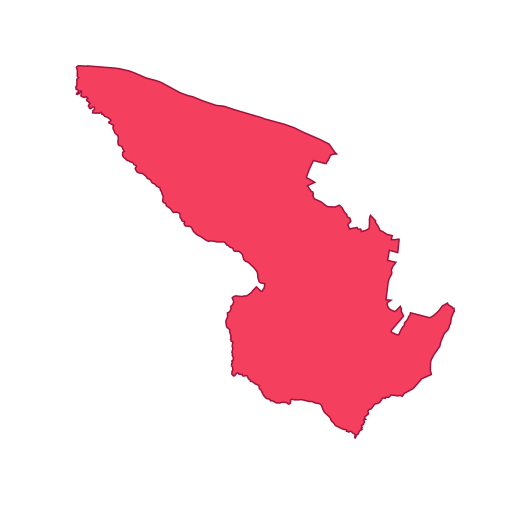 outline of San José, Caldas, Colombia, rotated 98°
{"feature_id": "7082276B53371478501914", "entity_name": "San José", "entity_type": "district", "adm_level": 2, "iso_a3": "COL", "parent_name": "Colombia", "parent_adm1": "Caldas", "projection": "albers", "projection_center": [-75.814, 5.065], "detail": "fine", "context": "isolated", "style": "filled", "palette": "rose", "viewbox_px": 512, "rotation_deg": 98, "n_neighbors": 0, "source": "geoboundaries", "source_scale": "gbopen_adm2", "svg_char_len": 6115}
<svg xmlns="http://www.w3.org/2000/svg" viewBox="0 0 512 512"><g transform="rotate(98 256 256)"><path d="M376.2,263.6L377.9,261.8L377.7,260.6L375.8,259.5L374.1,257.8L374.2,257.3L375.5,256.3L375.1,253.1L376.3,252.8L376.6,252.0L376.6,251.1L375.8,249.3L376.0,248.1L378.8,246.2L379.4,244.8L380.9,244.0L380.9,242.1L382.8,238.9L383.7,235.4L384.4,234.9L386.9,234.3L387.7,232.8L388.3,232.2L391.1,230.5L391.5,229.9L392.5,229.5L395.0,226.9L395.7,225.5L395.8,223.5L396.1,222.4L397.4,221.3L397.1,219.6L398.7,215.1L398.2,211.7L397.3,210.3L396.9,206.5L397.2,204.4L398.2,203.4L397.6,202.0L396.9,201.6L395.5,201.4L393.6,201.7L392.9,200.6L393.1,197.1L392.8,196.8L392.7,194.5L392.0,191.9L392.0,189.2L392.7,183.1L392.3,180.2L393.3,176.8L393.4,172.4L394.8,170.3L398.6,168.4L401.3,166.4L405.7,160.1L408.7,158.5L410.3,156.1L412.8,153.7L415.2,146.5L415.5,144.9L415.5,142.6L415.7,142.2L417.0,142.0L416.7,140.8L417.4,140.2L417.4,139.5L416.5,138.3L416.5,137.3L417.7,135.7L418.8,133.2L419.5,132.6L420.1,132.6L420.3,133.0L421.8,133.0L422.5,132.6L422.4,132.3L419.1,131.4L418.0,130.0L415.0,129.3L413.6,127.5L413.0,127.5L412.8,126.9L412.2,127.1L412.1,127.7L411.6,127.7L411.0,127.0L409.0,127.9L407.9,126.2L406.9,126.2L405.6,125.4L404.7,125.6L403.6,126.7L403.0,126.2L402.4,124.6L401.3,125.9L400.8,126.1L400.3,125.9L396.6,122.6L394.3,123.5L393.1,123.3L392.5,122.9L391.2,120.5L386.9,118.3L385.9,117.4L385.0,114.8L383.7,113.2L381.5,111.9L379.8,111.4L379.0,110.6L378.7,110.1L379.0,108.2L377.6,107.4L377.6,105.2L376.5,104.0L374.8,103.0L374.8,96.0L374.2,94.9L374.1,93.5L374.6,91.6L371.5,90.1L365.3,81.8L354.4,74.7L348.9,65.8L345.1,67.4L337.0,68.3L334.6,68.1L329.1,66.2L320.0,61.5L314.9,61.0L306.7,58.8L302.2,55.6L300.3,55.0L297.3,54.7L296.1,54.0L295.0,53.9L289.9,54.0L283.9,52.4L283.3,51.9L280.2,52.7L280.4,53.8L279.2,54.8L277.5,58.9L276.0,59.8L279.5,64.5L284.4,67.1L286.9,69.0L290.9,72.5L292.7,75.0L292.9,76.1L290.7,95.2L292.5,95.1L294.5,96.2L297.6,97.1L299.5,98.1L301.3,99.6L304.4,99.5L305.7,100.8L309.1,102.2L314.2,103.8L314.3,105.8L313.0,110.2L312.3,111.6L310.6,111.5L295.0,101.5L290.1,104.7L288.2,104.6L285.7,106.1L291.5,110.3L291.4,112.0L290.3,115.8L288.6,117.8L286.3,119.2L284.0,119.4L281.0,116.2L281.3,121.2L263.3,121.5L260.0,121.0L255.0,119.2L253.5,119.2L251.5,119.9L249.5,119.7L247.2,119.0L242.7,116.6L242.0,125.1L231.8,124.7L232.9,116.1L219.5,116.6L219.7,118.2L220.6,120.9L221.0,124.4L216.9,123.9L216.3,129.6L214.2,133.9L213.4,136.8L209.9,138.9L205.7,142.7L204.5,142.4L199.8,148.3L201.5,148.7L203.7,148.8L208.4,148.1L213.1,147.8L215.6,151.3L217.1,155.1L214.8,156.0L215.3,158.6L213.7,159.9L215.4,165.2L216.4,166.9L212.1,169.5L208.6,166.9L205.5,168.2L204.6,170.8L203.5,171.6L202.3,171.8L200.4,174.4L196.5,177.2L194.6,179.6L194.1,180.6L196.5,184.5L197.2,191.8L196.1,194.4L193.3,199.1L191.3,206.1L188.3,208.3L187.7,207.8L186.8,207.8L185.0,208.5L184.6,208.8L184.5,210.0L179.3,215.0L174.9,208.0L172.4,213.9L171.4,217.1L162.5,215.3L153.5,212.4L154.8,200.5L154.7,199.4L153.2,199.0L150.8,197.7L145.6,196.2L145.5,195.6L144.6,194.3L143.7,190.4L142.2,192.5L135.1,199.0L131.7,208.9L126.5,227.7L123.7,235.9L121.5,246.6L119.0,266.7L118.2,270.2L114.2,297.3L112.1,308.8L112.4,316.2L111.9,319.2L109.7,330.6L107.1,340.8L106.7,345.3L104.9,353.9L97.5,373.5L96.3,378.7L95.0,389.6L91.6,401.8L90.4,407.3L89.5,417.9L89.6,422.1L91.2,449.3L91.5,449.3L92.3,458.5L92.7,458.5L93.4,459.7L94.0,460.1L97.5,458.6L102.6,458.1L104.1,456.6L104.7,456.7L105.2,457.6L106.1,458.0L111.4,457.1L111.9,457.4L112.7,457.4L113.5,457.9L114.1,457.9L116.2,457.2L116.0,455.5L117.1,454.8L118.2,455.0L120.1,456.3L120.7,456.3L120.9,455.4L120.1,454.7L120.0,453.8L117.2,452.8L116.9,452.3L117.0,451.7L121.8,451.7L122.5,450.3L122.9,448.6L122.9,447.9L121.9,446.8L121.8,446.3L123.5,444.4L124.5,445.5L125.8,445.1L126.1,444.7L126.3,443.3L127.5,442.8L127.8,441.5L128.5,441.5L129.5,442.5L130.7,442.9L131.1,442.8L132.0,441.6L133.0,441.4L133.1,440.1L130.9,438.2L131.0,437.6L131.8,436.5L132.9,436.4L134.0,436.9L134.7,437.7L137.0,437.7L136.8,434.1L136.4,433.4L136.6,431.4L135.3,429.2L137.2,428.2L136.9,427.0L138.7,425.5L139.3,422.6L141.3,418.7L142.2,418.6L143.8,420.4L144.6,420.3L146.4,415.2L148.2,415.6L150.0,415.2L154.0,412.6L155.8,409.9L157.3,408.9L162.1,408.6L164.5,408.1L165.6,407.1L166.0,404.3L168.8,402.6L170.6,400.9L171.5,402.2L172.3,402.4L174.6,402.2L176.2,401.3L179.4,396.8L179.4,395.4L180.3,393.6L180.5,391.0L182.6,389.4L182.8,387.9L183.3,387.2L184.3,386.8L185.5,387.7L186.3,387.8L188.7,386.1L189.3,385.3L190.0,383.8L190.1,380.1L190.8,378.4L192.3,376.2L194.2,374.4L194.8,372.4L195.6,370.8L197.1,369.9L198.1,368.9L198.7,366.3L200.7,364.0L201.8,360.9L202.5,360.3L204.1,359.8L205.8,358.3L208.0,357.6L209.5,356.2L214.4,356.1L215.1,355.8L216.1,354.6L216.4,352.9L217.3,352.2L218.7,351.8L221.0,347.3L224.2,344.2L224.4,343.6L223.7,341.2L223.7,340.0L224.0,338.7L224.7,337.5L225.5,337.0L228.2,336.6L230.4,334.6L231.4,334.3L231.9,333.2L231.7,331.9L232.2,331.3L234.0,331.8L236.0,330.3L236.1,327.1L235.8,325.6L236.1,324.7L237.5,323.3L240.3,321.4L242.5,318.5L243.6,316.4L244.6,313.1L247.5,307.3L248.1,304.6L247.4,303.4L247.2,300.6L247.5,296.8L246.5,289.9L247.0,288.5L249.3,286.4L249.2,285.3L250.7,283.3L251.6,280.0L253.4,279.1L254.1,278.3L254.2,276.6L253.7,273.9L254.7,271.7L256.7,269.5L261.2,267.7L262.8,265.4L263.1,263.3L264.2,261.5L268.7,255.4L271.6,252.7L273.7,251.8L277.0,251.2L281.1,249.3L282.0,247.6L282.2,243.4L287.1,243.5L287.6,244.1L290.2,245.1L290.2,246.3L286.5,251.3L290.9,254.5L292.7,255.3L296.6,259.4L297.1,260.6L297.2,262.0L298.1,264.4L298.3,270.5L299.0,272.0L300.5,273.7L301.6,273.4L303.7,271.9L305.4,271.8L307.6,272.4L309.2,273.9L312.3,273.4L314.2,274.1L315.1,274.6L316.3,276.4L318.9,275.8L320.5,275.7L323.1,276.5L325.1,276.8L329.2,275.6L330.7,274.8L332.5,271.8L334.6,271.6L339.2,269.4L339.8,269.8L341.1,269.2L342.5,269.6L343.1,268.7L344.0,268.6L344.0,267.3L344.7,266.8L346.8,267.1L349.2,267.0L350.2,266.2L351.0,266.1L354.8,266.5L356.1,265.6L357.6,265.8L359.6,264.4L361.5,264.3L362.2,264.0L362.8,264.3L363.1,265.2L363.6,265.3L364.8,264.5L366.0,265.1L367.8,265.0L369.9,263.5L371.6,263.2L372.8,263.3L373.6,263.8L374.5,263.5L376.2,263.6Z" fill="#f43f5e" stroke="#9f1239" stroke-width="1.5"/></g></svg>